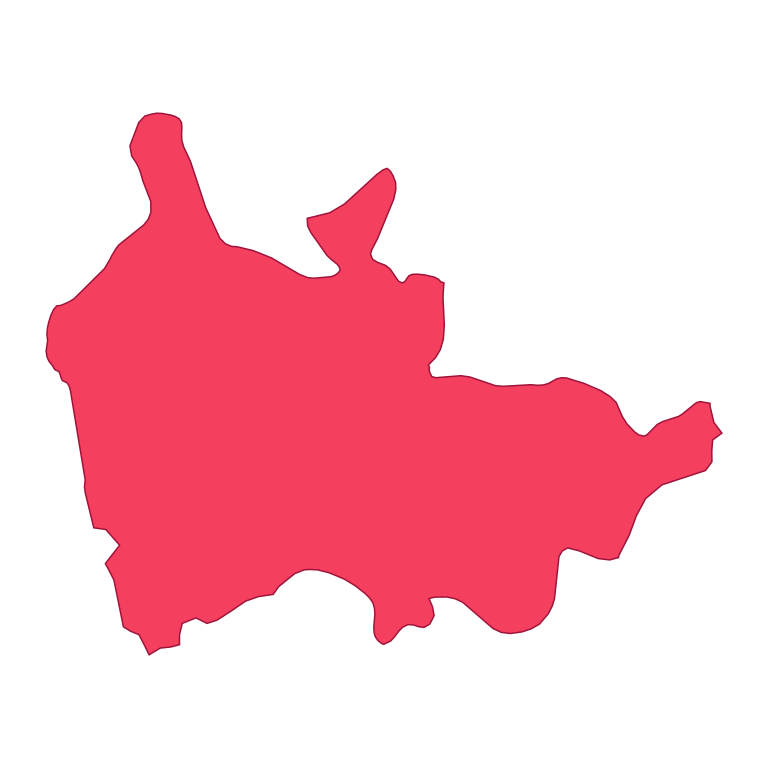 outline of Thaba-Tseka
{"feature_id": "LSO-1215", "entity_name": "Thaba-Tseka", "entity_type": "District", "adm_level": 1, "iso_a3": "LSO", "parent_name": "Lesotho", "parent_adm1": "", "projection": "natural_earth1", "projection_center": [28.641, -29.5], "detail": "fine", "context": "isolated", "style": "filled", "palette": "rose", "viewbox_px": 768, "rotation_deg": 0, "n_neighbors": 0, "source": "natural_earth", "source_scale": "10m", "svg_char_len": 2937}
<svg xmlns="http://www.w3.org/2000/svg" viewBox="0 0 768 768"><path d="M710.1,403.4L710.0,406.1L713.9,422.5L721.9,433.1L712.7,439.9L711.8,450.6L711.9,461.9L705.5,470.5L662.0,484.8L645.6,498.6L636.4,515.7L629.2,535.2L618.7,555.7L618.6,557.6L618.3,557.6L609.8,559.9L598.3,558.6L579.3,550.9L567.6,547.9L562.2,551.1L559.0,556.5L554.5,598.6L552.2,606.2L548.2,613.9L539.4,624.2L531.0,628.9L522.0,631.9L510.4,633.5L501.3,632.4L493.0,628.5L462.6,602.2L455.0,598.7L446.8,597.0L435.1,597.1L429.9,598.3L429.0,598.6L432.6,607.0L434.1,615.7L429.7,624.2L424.0,627.4L418.6,626.7L413.3,624.9L407.9,624.6L402.5,627.3L398.5,631.5L394.9,636.4L390.7,641.0L383.6,644.4L381.2,643.2L378.0,640.6L375.4,636.9L374.1,632.6L373.8,627.0L374.9,613.9L374.4,607.9L372.8,602.7L369.8,598.2L365.8,594.1L355.3,585.8L344.5,579.2L328.7,572.6L317.2,569.8L309.8,569.5L304.3,569.8L294.7,573.6L278.7,586.6L273.2,594.4L258.5,596.6L245.6,601.1L230.9,611.2L217.1,620.1L207.0,623.4L196.0,617.9L182.2,623.4L179.5,634.7L179.5,644.7L171.2,646.9L160.2,648.1L149.1,654.8L143.6,643.6L139.0,634.7L130.7,631.3L123.4,626.8L122.4,621.8L113.9,579.9L105.4,563.5L119.6,545.2L105.8,529.5L93.8,527.8L85.3,493.0L84.5,487.0L85.2,479.9L70.5,391.0L69.0,385.7L67.0,382.8L62.4,380.6L61.1,378.0L60.1,374.5L59.0,371.6L55.4,370.0L53.9,368.2L52.2,365.3L49.0,361.3L47.1,357.0L46.1,351.1L47.6,340.9L46.9,334.2L47.5,327.7L48.8,321.9L50.9,315.3L53.6,309.5L56.7,305.9L61.1,305.3L68.3,302.2L73.8,299.0L104.4,268.7L110.0,259.3L111.7,255.8L116.5,247.8L119.2,244.6L143.8,224.9L148.3,219.2L150.9,212.2L150.8,201.5L143.0,181.2L140.0,170.9L138.2,166.6L136.2,162.8L131.7,156.0L129.9,145.8L138.8,122.4L144.8,116.1L151.2,114.2L156.9,113.2L162.4,113.5L171.4,115.2L175.5,116.6L179.2,118.9L181.5,122.6L181.9,127.4L181.6,133.6L181.8,140.3L183.8,147.2L190.4,161.2L205.8,207.9L219.9,238.3L225.4,243.8L231.7,246.4L237.4,246.8L253.2,250.6L271.7,258.0L299.7,274.5L307.9,277.7L314.1,278.2L331.0,276.7L335.2,275.1L338.4,272.6L340.2,270.1L339.5,267.6L337.3,264.3L330.9,259.2L327.0,255.4L311.0,232.8L308.6,228.2L307.6,225.7L307.2,218.3L329.7,212.8L344.5,204.0L377.0,174.3L383.1,169.8L387.2,168.4L390.3,171.1L393.1,175.8L395.6,182.6L395.8,189.7L393.8,199.0L377.5,238.7L371.8,249.7L370.5,254.1L372.5,259.2L377.5,262.3L385.6,265.4L390.2,269.1L398.5,281.2L402.3,283.0L405.2,281.2L407.1,278.1L409.0,275.7L412.4,274.3L418.3,274.2L425.1,275.0L434.3,277.1L438.5,279.3L440.8,281.8L443.9,282.8L443.0,297.0L444.3,325.4L443.3,339.5L440.3,349.7L435.6,357.6L428.3,365.1L429.5,367.2L429.2,369.7L429.6,372.0L431.8,376.6L435.7,377.7L460.9,375.7L469.9,377.0L495.6,385.7L503.2,386.3L531.0,384.7L537.5,385.3L543.1,385.0L548.2,383.6L556.6,378.9L561.1,377.8L566.3,377.9L584.1,383.4L600.9,390.7L609.9,396.4L616.1,402.3L622.3,416.5L626.8,423.7L634.5,431.8L638.7,434.9L644.0,436.1L646.8,435.0L657.3,424.4L662.8,421.5L678.6,416.4L682.1,414.2L695.5,403.3L698.0,402.1L700.5,401.6L709.8,403.3L710.1,403.4Z" fill="#f43f5e" stroke="#9f1239" stroke-width="1.5"/></svg>